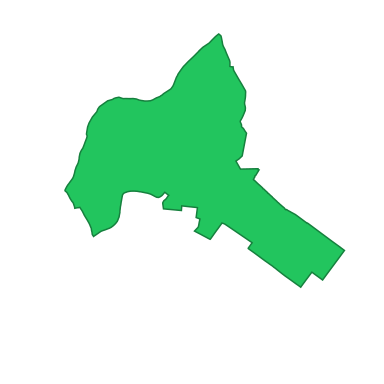 the district of Facaeni, Ialomita, Romania, rotated 246°
{"feature_id": "2599482B24358935740376", "entity_name": "Facaeni", "entity_type": "district", "adm_level": 2, "iso_a3": "ROU", "parent_name": "Romania", "parent_adm1": "Ialomita", "projection": "mercator", "projection_center": [27.92, 44.584], "detail": "fine", "context": "isolated", "style": "filled", "palette": "green", "viewbox_px": 384, "rotation_deg": 246, "n_neighbors": 0, "source": "geoboundaries", "source_scale": "gbopen_adm2", "svg_char_len": 5768}
<svg xmlns="http://www.w3.org/2000/svg" viewBox="0 0 384 384"><g transform="rotate(246 192 192)"><path d="M325.5,280.7L325.4,280.2L324.6,277.2L324.2,276.0L322.7,272.1L321.1,268.3L319.8,260.8L318.3,256.4L318.2,256.5L315.0,248.2L312.8,241.9L310.1,235.2L308.3,232.0L306.6,229.2L305.3,227.1L304.3,226.1L303.2,224.5L297.7,219.0L296.5,217.6L295.3,215.6L294.7,214.4L293.4,206.1L292.7,203.9L292.6,202.7L292.3,201.8L292.4,198.5L292.5,197.9L292.1,193.6L292.3,191.0L293.3,188.2L294.3,185.9L296.0,183.3L296.0,183.2L297.5,181.1L299.6,179.0L301.4,176.1L302.1,174.3L302.7,172.9L303.9,170.4L304.6,168.9L305.1,167.5L305.7,166.6L308.3,163.8L309.0,160.7L309.2,158.8L308.9,157.0L309.6,152.0L307.6,142.2L306.0,139.6L304.1,137.8L301.0,131.5L296.9,126.0L293.9,123.1L288.3,119.4L287.3,119.0L286.6,119.1L285.8,119.0L284.2,117.8L281.3,114.9L278.3,112.0L276.3,109.9L275.8,109.0L275.5,108.6L275.0,107.8L274.5,107.2L272.9,105.4L271.5,104.4L269.8,103.2L268.1,102.3L266.6,101.2L264.8,99.8L263.7,98.5L261.9,96.3L261.2,95.7L260.2,94.8L259.0,93.7L258.2,93.2L256.6,92.0L255.6,91.1L254.4,90.1L253.4,89.0L252.7,88.0L252.1,87.0L250.6,84.3L249.6,82.7L249.2,81.8L248.4,80.6L247.8,79.7L245.7,77.1L245.1,76.6L244.7,76.5L243.2,77.2L242.5,77.5L241.4,77.7L240.7,77.7L239.3,77.9L238.3,77.9L235.7,78.0L233.6,78.3L231.9,78.6L231.5,78.8L231.2,78.9L230.2,79.0L229.6,79.0L228.1,78.8L227.2,78.8L226.0,78.6L224.8,78.3L224.6,79.3L224.1,81.3L223.8,82.0L223.7,82.8L223.6,83.3L221.9,83.5L220.5,83.8L218.9,84.0L216.9,84.1L216.3,84.1L215.6,84.2L215.4,84.2L215.2,84.1L211.9,84.5L209.1,84.9L206.8,85.1L206.1,85.2L203.9,85.3L201.4,85.2L199.7,85.2L199.1,85.0L198.2,84.7L196.7,84.4L196.4,84.4L195.7,84.2L194.8,83.9L194.3,83.8L193.7,83.6L191.4,84.0L191.6,84.7L191.8,85.9L191.9,86.6L192.2,88.1L192.3,88.8L192.7,90.7L193.1,93.0L193.0,94.9L192.8,96.9L192.7,98.4L192.6,100.5L192.5,101.9L192.6,103.7L193.1,106.0L193.8,108.2L194.5,109.8L194.7,110.2L195.1,110.9L195.6,111.8L196.2,112.5L197.0,113.3L198.1,114.4L198.8,115.2L199.9,115.9L200.5,116.3L202.6,117.8L204.0,118.4L204.3,118.6L204.6,118.8L205.6,119.4L206.6,120.0L207.5,120.5L209.2,121.7L210.3,122.4L211.3,123.0L212.6,123.9L213.0,124.2L213.5,124.5L214.8,125.4L215.6,125.9L215.9,126.2L216.7,126.7L217.2,127.1L217.6,127.4L217.8,127.6L217.9,127.8L218.1,128.1L218.4,128.8L218.6,129.2L218.6,129.4L218.7,130.3L218.6,131.1L218.5,132.7L218.5,133.1L218.1,134.8L217.9,135.6L217.7,136.3L216.9,138.3L216.6,139.0L216.1,140.0L215.7,140.8L215.0,142.1L213.6,144.2L213.4,144.5L213.3,144.8L212.7,145.7L210.1,149.3L208.8,151.2L208.4,151.6L207.8,152.3L207.0,153.2L206.7,153.5L205.9,154.1L205.6,154.4L205.2,154.7L204.9,154.9L204.6,155.2L203.7,155.8L202.5,156.8L202.0,157.2L201.8,157.4L201.6,157.6L201.4,157.8L201.3,158.1L200.7,159.0L200.6,159.5L200.6,159.9L200.6,161.0L200.7,161.6L200.8,162.2L201.0,163.1L201.4,164.1L201.6,164.5L202.1,165.6L202.3,165.9L202.4,166.2L202.6,166.6L202.8,167.0L202.5,167.2L201.6,167.7L200.0,168.5L198.5,169.4L198.3,168.9L196.9,166.6L196.7,166.4L196.0,164.8L195.5,162.8L194.5,161.4L194.0,160.9L193.4,160.6L188.2,159.1L179.4,174.8L183.5,177.0L180.2,182.6L176.1,189.7L175.5,190.6L167.0,185.4L164.1,188.3L161.7,186.5L159.8,185.2L159.6,185.1L158.5,184.3L157.7,183.7L157.2,183.0L155.3,178.4L154.1,179.3L149.2,183.2L148.5,183.7L146.6,185.2L144.3,187.0L143.5,187.6L142.5,188.4L141.4,189.3L141.4,189.5L142.5,191.4L143.5,193.1L144.4,194.6L147.1,199.2L147.9,200.7L148.5,201.7L149.2,202.9L151.1,206.2L151.5,206.7L150.4,207.9L149.9,208.5L149.6,208.7L149.1,209.1L146.2,210.9L143.8,212.4L132.6,219.3L127.1,222.7L122.2,225.7L121.2,226.3L117.8,220.5L117.6,220.4L117.4,220.4L114.8,221.9L110.9,224.2L108.6,225.5L99.6,230.6L93.2,234.4L91.6,235.4L89.7,236.3L88.6,237.0L86.4,238.1L82.4,240.2L80.5,241.2L77.2,243.0L72.0,246.1L65.9,249.6L63.6,251.0L61.9,252.0L60.8,252.6L61.3,253.4L65.0,259.9L70.0,268.9L58.5,275.5L61.0,279.9L62.7,282.9L67.5,291.4L72.0,299.4L76.6,307.5L80.2,305.5L86.0,302.2L90.5,299.6L111.3,287.9L116.1,285.2L117.0,284.5L116.9,284.3L123.5,280.6L129.5,277.2L129.9,276.8L130.2,276.6L130.5,276.4L131.8,275.4L132.2,275.1L132.5,274.8L133.4,274.2L134.9,273.1L135.5,272.6L136.1,272.1L137.5,271.3L137.6,271.1L137.6,270.9L137.6,270.6L137.7,270.4L138.5,270.0L138.8,270.1L139.9,269.8L141.0,269.3L141.9,268.8L143.3,268.2L144.9,267.4L147.1,266.5L147.5,266.2L148.2,265.9L148.7,265.8L149.2,265.6L151.0,264.8L153.1,263.9L153.6,263.7L154.1,263.4L154.5,263.3L154.9,263.3L157.0,262.3L159.7,261.2L159.8,261.0L160.1,260.7L160.3,260.8L160.7,260.7L160.9,260.7L161.4,260.5L162.1,260.2L163.4,259.6L164.5,259.2L165.5,258.8L165.8,258.5L166.1,258.3L166.2,258.1L166.4,258.1L166.7,258.1L166.9,258.2L170.6,256.6L171.8,256.0L173.7,255.2L176.7,254.0L177.8,253.5L178.0,253.2L178.5,253.2L179.1,254.0L179.6,254.6L180.1,255.4L180.4,255.6L180.8,255.7L181.0,255.8L181.1,256.1L181.1,256.5L181.2,256.9L184.9,262.2L185.4,261.5L186.4,261.8L193.2,245.6L202.4,244.7L202.7,246.3L202.9,247.3L203.0,248.2L204.5,252.5L223.5,265.7L226.2,265.2L229.2,264.8L229.3,264.7L230.2,264.3L230.6,264.1L230.9,264.0L231.3,263.9L231.6,263.9L231.8,263.9L232.4,264.2L232.8,264.4L233.0,264.5L234.1,264.6L236.2,264.6L236.5,264.7L236.8,264.7L237.1,264.9L237.3,265.1L238.8,267.2L240.3,269.0L241.0,269.8L242.7,271.6L243.5,272.4L243.8,272.7L244.5,273.5L244.8,273.8L245.1,273.9L245.3,274.0L246.5,274.7L247.4,275.1L247.9,275.2L248.6,275.4L249.7,275.6L250.3,275.7L250.5,275.7L251.6,276.1L252.2,276.3L253.1,276.9L254.0,277.5L256.0,278.8L256.5,279.1L256.8,279.3L258.5,280.2L259.8,280.8L260.9,281.4L261.9,281.8L262.4,282.0L262.7,282.0L263.0,282.0L270.0,281.3L275.8,280.6L285.4,279.6L286.6,279.6L289.7,280.4L289.8,280.0L289.9,279.7L290.2,279.2L291.0,278.0L291.3,277.7L295.0,279.4L296.7,279.8L305.1,279.9L308.7,280.1L311.5,279.9L313.3,279.9L314.7,280.1L316.9,280.7L321.7,281.8L323.1,281.9L325.5,280.7Z" fill="#22c55e" stroke="#15803d" stroke-width="1.5"/></g></svg>